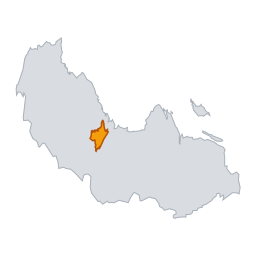 Sollefteå, Västernorrland, Sweden shown in context, rotated 269°
{"feature_id": "70781695B14713554089347", "entity_name": "Sollefteå", "entity_type": "district", "adm_level": 2, "iso_a3": "SWE", "parent_name": "Sweden", "parent_adm1": "Västernorrland", "projection": "equal_earth", "projection_center": [16.958, 63.453], "detail": "fine", "context": "in_parent", "style": "filled", "palette": "amber", "viewbox_px": 256, "rotation_deg": 269, "n_neighbors": 0, "source": "geoboundaries", "source_scale": "gbopen_adm2", "svg_char_len": 6052}
<svg xmlns="http://www.w3.org/2000/svg" viewBox="0 0 256 256"><g transform="rotate(269 128 128)"><path d="M40.4,172.5L41.5,174.7L44.0,174.4L45.1,172.8L46.5,168.1L45.1,162.9L47.4,161.1L48.9,158.2L52.3,157.4L57.0,154.0L57.6,150.7L58.7,148.2L55.1,140.7L54.9,138.9L60.8,137.9L63.5,133.0L59.5,129.9L53.4,126.9L55.9,117.7L53.4,112.7L53.9,110.6L53.6,107.4L55.2,106.1L52.3,101.5L55.4,98.3L55.0,96.7L63.8,90.3L69.5,89.2L80.0,90.1L82.5,87.6L82.7,86.3L81.8,83.1L75.9,81.3L82.5,75.7L87.6,70.3L88.7,65.1L89.9,63.0L88.8,58.0L95.5,57.4L101.5,55.4L100.7,52.7L114.0,44.5L114.4,43.1L113.5,41.7L110.4,39.2L111.2,38.1L114.8,37.4L116.5,36.3L119.1,32.6L126.3,29.7L134.2,31.6L137.6,28.3L137.3,23.8L140.2,23.4L161.2,26.2L164.8,24.5L161.1,23.6L164.7,21.9L165.7,20.8L166.0,19.5L165.8,18.8L162.9,17.1L169.5,16.9L173.1,17.7L173.5,18.7L187.9,23.9L199.3,26.0L202.7,27.6L203.9,29.2L205.7,29.3L207.9,30.9L210.1,31.8L208.4,32.9L208.5,35.4L209.1,36.5L208.1,38.7L211.9,39.2L212.5,40.6L210.6,41.9L210.9,43.4L215.9,48.0L214.7,49.5L214.5,51.4L212.3,52.8L212.1,54.3L212.6,56.2L213.3,57.1L215.5,57.7L219.2,62.8L215.6,63.1L212.8,62.4L206.5,63.1L204.9,63.8L200.0,61.8L197.2,62.9L195.3,61.9L193.8,63.6L193.5,65.9L191.2,65.7L192.1,66.5L189.0,66.9L188.8,67.2L189.5,67.8L188.5,68.5L184.3,68.7L183.7,69.5L185.0,70.4L185.0,70.9L182.2,70.1L184.1,71.8L184.6,73.0L178.8,77.8L180.8,79.1L182.5,81.9L184.3,83.1L183.6,84.4L177.5,87.6L174.2,92.4L166.5,95.6L162.5,96.4L159.9,98.8L156.8,98.0L156.8,99.4L154.8,98.5L153.2,100.6L150.4,102.4L147.4,102.0L147.0,102.3L148.0,102.8L144.4,103.3L143.4,105.1L140.8,105.6L140.4,106.2L143.0,106.3L142.5,107.8L139.5,108.6L138.4,109.5L137.1,109.5L137.3,108.8L135.4,108.8L134.7,108.0L134.3,108.2L135.7,110.6L134.7,111.6L136.6,112.6L131.1,115.0L127.8,114.1L127.4,114.8L128.1,116.9L131.0,118.5L129.2,119.6L127.3,124.5L128.6,127.5L124.8,126.9L125.1,128.0L123.9,129.3L124.4,131.3L124.0,132.6L124.9,133.7L124.4,134.3L124.9,139.7L126.0,142.1L125.6,144.0L127.2,145.0L130.5,145.2L131.5,146.8L135.7,145.8L138.7,148.9L144.4,151.5L144.1,153.3L147.8,154.5L149.9,156.9L150.8,158.8L150.5,160.0L144.9,163.3L140.6,165.5L136.0,166.9L136.3,167.4L138.5,167.6L143.9,166.1L145.5,167.5L142.6,168.1L142.0,170.0L140.7,171.2L128.7,175.6L127.1,177.0L121.7,179.2L112.1,179.0L110.6,179.5L119.0,180.4L120.9,182.0L117.0,183.1L118.7,187.0L117.7,187.9L117.6,192.2L116.1,192.3L115.5,194.1L116.2,198.5L116.9,199.7L116.6,200.9L114.3,203.9L115.1,207.5L112.4,214.0L109.4,217.8L107.1,222.9L104.5,224.7L101.5,223.6L97.0,224.2L88.9,224.0L87.9,224.5L88.4,226.4L85.5,226.1L80.3,230.1L80.1,232.0L82.1,235.7L79.5,238.1L74.0,237.5L66.6,239.1L60.1,237.9L61.0,236.6L61.6,231.6L54.4,221.6L57.9,222.6L59.3,222.1L57.3,218.9L60.3,218.7L61.2,217.5L60.8,215.7L58.3,214.8L56.2,211.9L54.1,210.4L50.3,204.6L49.0,200.6L47.6,201.0L46.5,196.5L44.5,195.8L44.2,191.2L41.9,190.7L40.6,188.7L40.5,184.7L37.8,184.2L38.2,182.3L37.6,175.5L36.8,173.3L37.6,171.8L39.1,171.6L40.4,172.5ZM152.6,193.7L151.4,194.1L150.7,195.4L148.8,196.0L148.5,200.0L150.3,201.5L148.5,202.2L147.2,204.3L144.0,205.8L142.6,207.1L142.0,209.1L139.1,210.1L141.1,207.2L138.4,203.8L139.1,202.6L138.8,198.7L144.7,193.8L147.4,193.2L148.6,193.7L149.2,192.5L150.0,192.3L152.6,193.7ZM115.0,221.6L113.6,222.5L113.1,221.3L113.3,216.5L116.6,210.9L118.0,210.5L122.0,203.0L122.4,202.5L123.8,202.9L122.8,203.6L122.9,204.9L120.3,209.0L119.7,211.6L118.8,212.2L115.0,221.6ZM153.8,192.1L153.5,193.3L152.1,192.3L153.4,191.1L156.3,191.4L153.8,192.1ZM146.6,163.9L144.8,165.5L144.4,164.8L144.8,164.0L146.6,163.9ZM142.7,172.6L141.7,172.8L142.4,171.6L143.7,171.3L142.7,172.6Z" fill="#d9dde1" stroke="#a8b0b8" stroke-width="1"/><path d="M118.3,89.9L117.7,90.3L117.4,90.7L117.2,91.1L116.9,91.2L116.7,91.5L116.4,91.8L116.2,92.1L116.2,92.6L115.9,92.9L116.0,93.2L116.0,93.6L116.3,93.9L116.6,94.1L116.7,94.4L116.6,94.6L116.3,94.7L116.0,94.7L115.6,94.9L115.1,94.9L114.1,94.9L113.3,94.9L113.0,95.0L112.6,95.1L112.4,95.1L112.2,95.3L111.9,95.5L111.5,95.5L111.2,95.5L110.9,95.3L110.6,95.2L110.2,95.1L109.7,94.9L109.3,94.9L109.0,95.0L108.6,95.3L108.4,95.5L108.0,95.5L107.5,95.5L107.3,95.5L107.2,95.4L106.7,95.3L106.3,95.3L106.0,95.4L105.5,95.5L105.3,95.7L105.7,95.9L106.0,96.0L106.5,96.2L106.8,96.4L107.1,96.6L107.6,96.9L108.1,97.1L108.3,97.4L108.3,97.7L108.2,97.8L108.1,98.0L107.9,98.1L107.9,98.4L107.9,98.9L108.1,99.1L108.5,99.1L108.7,98.9L109.1,98.9L109.7,99.1L110.1,99.3L110.1,99.6L110.1,99.8L109.7,100.0L110.4,100.4L110.8,100.5L111.4,100.8L111.8,101.0L112.1,101.1L112.3,101.2L112.9,101.6L114.1,102.1L114.9,102.5L116.1,103.0L117.5,103.7L118.2,104.2L118.9,104.7L119.7,105.2L121.3,106.1L121.9,106.7L122.0,106.7L122.8,107.2L123.9,107.8L124.4,108.1L124.5,108.1L124.6,107.7L125.2,107.5L125.8,107.4L126.7,107.4L126.9,107.4L126.7,107.1L126.4,106.9L126.1,106.9L125.7,106.8L125.4,106.7L125.2,106.4L125.1,106.0L125.1,105.8L125.0,105.6L125.3,105.5L125.9,105.5L126.1,105.4L126.1,105.1L126.3,104.9L126.8,104.8L127.4,104.6L128.1,104.5L128.7,104.3L129.1,104.2L129.7,104.2L130.3,104.2L130.7,104.0L131.1,103.9L131.6,103.9L132.1,104.0L132.6,104.1L132.9,103.9L133.4,103.7L133.6,103.5L134.0,103.5L134.7,103.6L135.1,103.6L135.4,103.3L135.6,103.2L136.0,103.0L136.1,102.9L136.1,102.7L135.5,102.5L135.2,102.2L134.5,101.9L134.1,101.8L133.9,101.6L133.5,101.5L133.2,101.6L132.8,101.7L132.2,101.7L131.8,101.5L131.3,101.4L130.7,101.5L130.3,101.4L130.0,101.2L129.7,101.1L129.4,100.8L129.0,100.6L128.8,100.3L128.8,100.1L128.7,99.9L128.2,99.7L128.0,99.4L127.9,99.2L127.9,98.9L127.9,98.6L127.8,98.2L127.7,98.0L127.5,97.9L126.9,98.0L126.3,98.2L125.8,98.2L125.6,98.0L125.9,97.7L125.7,97.4L125.7,97.2L125.8,97.0L126.2,96.9L126.5,96.8L126.5,96.5L126.2,96.3L125.8,96.2L125.7,95.9L125.8,95.6L126.1,95.3L126.4,95.1L126.5,94.9L126.5,94.6L126.2,94.4L125.8,94.5L125.3,94.6L124.9,94.7L125.1,94.1L125.1,93.7L125.3,93.6L125.5,93.4L125.5,93.1L124.9,93.0L124.7,92.9L124.5,92.5L124.3,92.3L124.4,92.1L125.1,92.0L125.5,92.0L126.1,92.0L126.1,91.9L125.8,91.7L125.4,91.4L123.9,91.3L122.9,91.3L121.9,91.1L121.1,91.1L120.6,91.0L120.4,91.0L120.2,90.8L119.9,90.7L119.3,90.4L118.7,90.1L118.3,89.9Z" fill="#f59e0b" stroke="#b45309" stroke-width="1.5"/></g></svg>